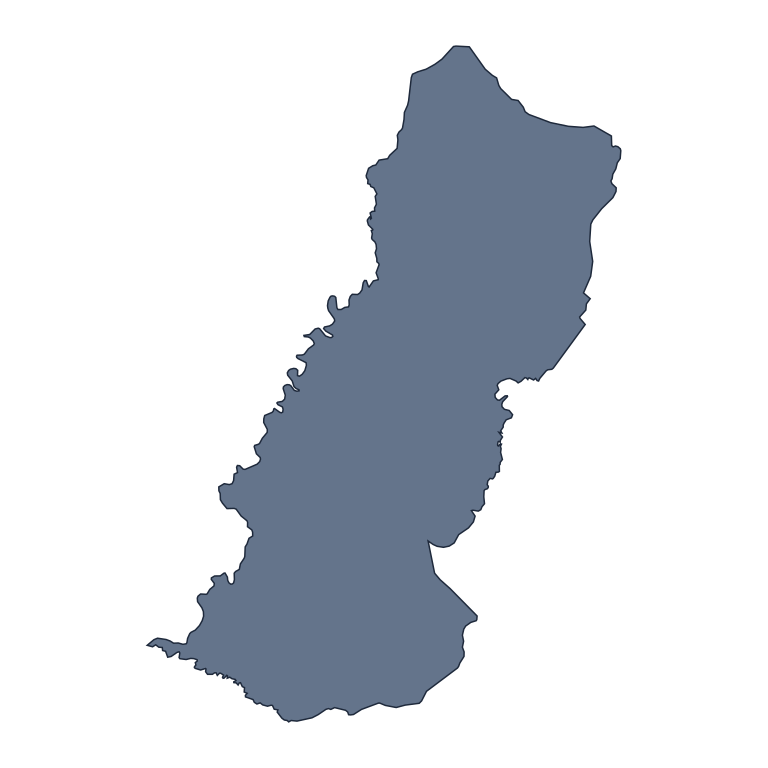 the district of Duc Linh, Bình Thuận, Vietnam
{"feature_id": "81297802B10372149063277", "entity_name": "Duc Linh", "entity_type": "district", "adm_level": 2, "iso_a3": "VNM", "parent_name": "Vietnam", "parent_adm1": "Bình Thuận", "projection": "mercator", "projection_center": [107.507, 11.194], "detail": "fine", "context": "isolated", "style": "filled", "palette": "slate", "viewbox_px": 768, "rotation_deg": 0, "n_neighbors": 0, "source": "geoboundaries", "source_scale": "gbopen_adm2", "svg_char_len": 6116}
<svg xmlns="http://www.w3.org/2000/svg" viewBox="0 0 768 768"><path d="M411.3,77.6L408.6,100.9L407.6,105.2L404.4,112.4L404.0,119.5L402.5,128.0L401.6,129.6L399.0,132.0L397.3,135.3L397.9,139.9L397.1,148.4L389.7,155.3L387.7,158.7L379.1,160.1L375.8,165.0L372.8,165.7L368.6,168.3L366.2,175.6L366.5,177.5L368.0,179.9L367.7,183.6L370.1,184.4L370.8,186.5L373.8,187.8L376.9,193.9L375.2,196.4L376.4,204.2L374.5,207.9L374.7,211.2L372.2,211.4L370.1,213.0L371.4,218.3L370.7,219.0L370.1,216.9L369.6,216.9L367.5,219.7L367.3,220.9L368.4,224.9L372.8,229.4L372.6,230.2L371.3,230.5L372.3,233.7L371.6,238.0L372.2,239.5L374.9,241.9L376.1,244.5L376.5,248.8L375.2,252.8L376.8,258.4L376.9,261.8L378.6,263.3L379.1,264.6L376.1,272.8L378.2,278.5L378.2,279.7L373.4,280.9L369.1,287.0L368.4,286.5L366.3,280.6L364.5,280.5L363.2,282.8L362.0,289.9L359.7,293.1L357.6,294.5L352.3,294.3L350.3,296.4L349.0,300.0L349.2,304.9L348.5,306.9L344.8,307.4L341.2,309.5L337.9,309.5L336.9,307.7L335.8,297.5L334.6,296.3L332.8,295.9L331.1,296.1L330.0,297.2L328.2,300.9L327.5,305.6L327.8,308.1L328.6,310.7L334.3,318.8L334.7,321.0L332.4,324.2L329.6,325.9L324.5,327.0L323.6,328.6L325.9,331.2L332.5,335.0L332.8,336.5L331.5,337.5L329.9,337.6L325.5,335.9L319.6,328.7L318.2,328.2L315.1,329.0L309.7,334.5L303.9,335.4L304.3,336.6L308.3,337.0L310.3,338.0L313.2,340.9L314.3,343.6L313.6,345.0L308.5,348.7L304.3,354.2L302.3,355.0L297.1,355.2L296.5,356.2L296.7,357.4L298.0,358.6L306.1,362.7L306.4,365.3L304.8,370.7L302.2,374.3L299.4,376.2L297.5,375.6L297.7,370.3L295.9,368.7L293.7,368.4L290.4,369.2L288.6,370.5L287.3,372.9L287.7,375.2L292.2,380.9L294.0,386.6L296.2,388.6L298.9,389.7L299.1,390.8L296.8,391.2L294.3,390.4L290.8,385.7L289.3,384.8L287.1,384.6L284.8,385.5L283.4,387.0L283.2,388.7L285.3,395.2L284.6,399.2L282.3,401.4L277.7,402.2L276.9,403.0L278.0,404.7L282.4,406.9L283.1,409.3L282.7,412.1L281.4,412.8L279.9,412.4L274.5,408.5L273.8,408.9L273.3,411.1L272.1,412.4L264.7,415.5L263.8,418.8L263.7,422.5L267.3,429.4L267.2,432.4L262.3,438.3L259.7,443.2L258.6,444.2L254.7,445.4L254.2,446.7L256.4,453.8L260.2,457.5L260.5,459.1L259.7,461.6L257.1,464.2L245.1,469.4L243.2,469.2L239.7,465.7L237.4,465.5L236.6,467.2L237.5,472.6L234.1,474.2L233.6,480.6L232.1,483.7L229.3,484.6L224.2,483.7L218.8,486.9L218.9,490.8L220.2,493.5L220.4,499.7L222.5,503.2L227.0,508.6L234.2,508.4L236.2,509.2L241.2,516.1L247.0,520.8L247.6,522.3L247.5,526.7L251.8,529.9L252.6,532.1L252.7,536.0L249.0,538.3L247.0,544.0L245.2,546.9L244.8,556.4L244.2,558.2L240.4,563.9L239.3,569.4L235.6,571.5L234.2,573.2L234.4,579.7L233.6,582.9L232.5,583.9L230.8,584.2L228.9,582.8L227.7,580.3L227.4,577.1L225.0,573.0L223.9,573.2L220.3,575.9L214.6,576.0L211.4,577.9L211.3,579.4L214.3,583.4L214.0,585.9L209.8,589.4L207.2,593.8L206.2,594.3L200.6,594.0L198.0,596.2L197.3,598.1L197.6,601.7L201.9,607.8L203.4,611.6L203.6,616.2L202.2,620.7L199.5,625.5L195.3,630.1L190.9,632.4L189.7,633.7L187.6,638.4L186.9,642.7L186.2,643.8L182.9,644.3L178.3,643.0L173.6,643.2L170.1,641.0L166.1,639.5L157.5,638.2L153.9,639.7L147.2,645.3L152.6,646.8L155.7,644.8L158.8,647.2L162.3,647.5L162.6,650.5L165.6,651.3L167.7,657.2L171.1,656.5L177.0,652.4L179.1,651.8L179.8,653.0L179.1,657.6L179.9,658.7L186.1,659.5L190.7,658.4L193.8,658.6L197.1,659.7L197.3,661.0L195.3,662.6L195.9,665.0L194.5,666.7L194.4,667.6L195.3,668.4L200.6,670.0L205.5,668.5L206.0,669.0L205.6,671.7L207.5,674.3L212.4,674.3L214.6,672.8L216.1,672.8L217.3,675.4L219.5,673.2L220.6,673.2L223.6,675.1L222.5,677.3L223.1,678.3L224.1,678.1L226.8,675.3L227.5,675.9L227.2,678.2L229.8,677.2L231.9,678.7L235.2,679.4L236.0,680.6L233.8,681.8L233.8,682.6L236.2,682.9L238.1,685.0L239.3,682.9L240.5,682.7L242.3,686.6L244.5,687.6L244.2,692.0L247.2,693.3L245.4,695.3L245.5,696.9L253.1,699.6L254.3,702.3L256.9,704.0L260.2,702.9L262.7,704.9L267.5,706.2L271.2,705.2L272.5,705.5L274.2,709.2L277.9,709.9L277.2,712.1L281.9,718.2L284.3,720.0L287.2,720.5L288.7,721.9L291.1,720.5L297.0,721.1L312.0,717.8L318.2,714.6L326.0,709.3L328.5,708.6L330.8,709.4L334.6,707.6L345.6,710.3L347.7,712.0L348.6,714.7L350.5,714.9L353.5,714.5L361.5,709.4L378.4,703.1L379.8,703.1L385.3,705.4L396.2,707.5L405.2,705.1L419.2,703.3L421.6,700.9L426.5,691.3L457.5,668.0L458.6,666.4L459.8,663.1L464.0,656.4L464.1,651.9L462.4,647.2L463.6,641.2L462.4,635.2L463.8,629.1L465.7,626.0L470.8,622.4L476.2,620.7L476.8,619.6L477.1,616.0L450.2,588.7L440.2,579.8L434.6,573.2L428.1,541.0L433.2,544.5L437.1,546.3L443.5,547.3L449.2,546.1L454.2,542.9L458.7,534.6L468.5,527.9L473.4,521.9L475.1,516.1L471.4,510.6L472.9,510.2L478.3,511.1L480.8,509.7L482.0,506.7L484.5,503.7L483.8,496.8L484.1,490.6L484.9,489.6L487.4,488.7L488.2,487.5L488.3,486.2L487.2,484.7L487.8,481.0L490.1,478.4L492.6,478.9L493.3,478.3L494.7,476.3L495.9,472.3L498.3,472.1L499.4,471.4L499.3,465.3L500.1,464.3L500.2,462.4L502.4,459.5L500.6,452.4L501.1,448.7L500.4,446.3L501.5,444.1L500.4,443.8L498.4,446.0L497.7,445.6L497.6,444.3L498.1,441.8L498.8,441.4L500.2,442.2L500.4,440.3L502.5,437.0L498.9,432.3L501.9,433.0L500.7,430.8L503.2,427.1L503.2,425.0L504.1,423.0L506.2,419.8L511.4,417.8L512.6,414.7L509.2,410.5L504.4,409.3L502.0,406.7L501.8,404.3L502.7,401.7L507.5,396.6L507.3,395.8L505.1,395.9L499.4,400.3L497.4,399.9L495.2,397.4L494.9,394.2L498.8,389.8L497.2,385.4L498.0,383.6L500.9,381.1L506.9,378.8L510.0,378.4L516.0,381.0L518.1,382.9L521.0,381.3L524.9,377.6L526.4,378.0L527.8,379.5L528.3,378.2L529.3,377.9L533.6,380.0L535.6,378.4L537.1,380.6L538.6,381.0L539.8,378.4L546.1,370.9L547.7,369.8L551.8,369.3L553.3,368.1L585.2,324.5L580.1,318.5L579.6,317.0L585.8,310.1L586.4,303.9L590.2,298.7L583.5,292.9L590.7,276.3L592.7,261.4L589.7,241.5L590.8,224.1L592.9,219.8L601.7,208.7L612.9,197.6L616.0,191.5L616.2,187.8L611.9,183.7L610.9,180.9L612.1,178.8L612.8,174.2L615.8,168.9L617.3,162.8L620.2,158.6L620.8,150.7L620.3,148.8L617.9,146.7L615.5,146.0L613.1,146.9L611.7,145.6L611.4,136.0L594.0,126.0L583.1,127.4L568.3,126.3L550.5,122.6L528.9,114.5L525.1,111.7L523.3,107.2L518.1,100.5L511.6,99.4L500.7,88.6L498.8,85.4L496.6,77.9L492.4,75.4L485.2,69.2L469.3,46.8L456.0,46.1L453.5,46.5L441.9,59.2L434.9,64.3L426.1,69.2L418.0,71.7L412.5,74.2L411.3,77.6Z" fill="#64748b" stroke="#1e293b" stroke-width="1.5"/></svg>